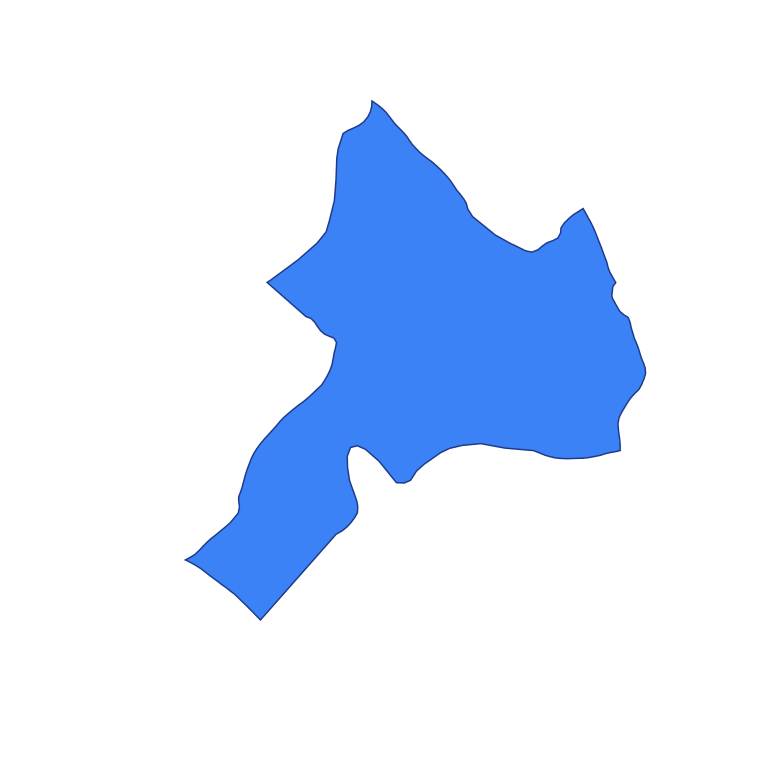 outline of Ar Rawdah, Shabwah, Yemen, rotated 46°
{"feature_id": "15242507B21642495199859", "entity_name": "Ar Rawdah", "entity_type": "district", "adm_level": 2, "iso_a3": "YEM", "parent_name": "Yemen", "parent_adm1": "Shabwah", "projection": "natural_earth1", "projection_center": [47.316, 14.501], "detail": "fine", "context": "isolated", "style": "filled", "palette": "blue", "viewbox_px": 768, "rotation_deg": 46, "n_neighbors": 0, "source": "geoboundaries", "source_scale": "gbopen_adm2", "svg_char_len": 3290}
<svg xmlns="http://www.w3.org/2000/svg" viewBox="0 0 768 768"><g transform="rotate(46 384 384)"><path d="M229.8,397.5L281.4,393.3L286.0,391.0L291.2,390.9L296.4,391.9L301.6,392.6L306.6,392.2L311.4,390.3L316.2,388.1L321.1,389.3L324.4,393.9L327.2,398.5L330.5,403.0L333.8,407.7L336.5,413.0L338.5,418.5L340.2,424.3L341.4,429.8L341.3,435.7L341.3,441.4L341.2,447.6L340.7,454.4L339.8,460.6L339.3,466.3L338.8,472.3L338.5,478.0L338.6,484.1L339.3,490.3L339.7,496.2L340.1,502.6L340.5,508.4L341.1,514.0L342.1,520.0L343.5,525.9L345.5,531.3L347.9,536.5L350.5,542.0L353.1,546.8L356.0,551.7L359.0,556.5L361.7,561.5L364.2,566.9L367.6,570.1L371.9,573.2L375.6,578.5L376.4,585.3L377.0,591.3L376.7,597.1L376.2,603.3L375.8,609.1L375.1,615.1L374.9,620.9L375.0,626.6L375.3,631.1L375.3,638.4L374.1,643.7L372.6,649.1L373.3,648.8L378.4,647.0L383.7,645.4L389.1,644.1L394.3,643.3L400.1,642.5L405.7,641.6L410.9,640.7L415.8,640.0L420.9,639.0L425.9,638.4L431.3,637.5L436.3,637.3L441.4,637.2L447.0,636.9L452.1,636.9L457.1,636.8L462.8,636.8L467.9,636.8L463.4,580.2L458.8,522.8L459.2,521.4L460.6,515.7L461.1,510.0L460.7,503.9L459.8,498.3L458.2,492.6L454.3,488.4L450.1,485.3L444.8,482.8L429.4,475.8L418.7,468.2L410.5,460.7L406.4,452.1L410.0,446.0L418.1,442.7L435.9,441.2L449.9,442.4L463.6,443.6L469.3,438.2L471.7,431.8L469.2,421.2L469.6,410.7L472.7,391.1L475.8,381.6L480.3,374.1L482.4,370.5L494.2,355.7L514.0,341.6L536.0,322.5L537.1,322.1L542.1,319.8L547.1,317.6L552.0,314.8L556.4,311.9L560.9,308.0L564.8,304.3L568.4,300.3L572.1,296.2L575.7,292.3L579.3,287.6L582.4,282.9L585.4,278.2L588.1,272.8L591.0,268.1L594.2,263.3L595.9,260.3L595.9,260.2L595.7,260.1L591.9,256.5L587.8,253.1L586.4,252.1L583.5,250.0L579.8,247.2L579.3,246.8L575.1,243.3L571.7,238.6L571.1,237.3L569.7,233.4L569.1,231.4L568.1,227.7L567.0,223.5L566.6,222.1L565.7,217.9L565.4,216.4L565.0,210.2L565.0,208.0L565.0,204.4L563.3,198.9L560.9,193.4L558.2,188.6L554.9,185.8L554.2,185.1L549.2,182.8L546.0,181.6L544.4,180.9L542.9,180.2L539.3,178.4L534.4,175.9L529.4,173.8L529.0,173.7L524.6,172.0L521.1,170.1L520.1,169.6L515.2,167.1L510.7,164.2L509.2,163.6L505.8,162.2L505.5,162.2L500.8,163.4L498.7,163.6L495.7,163.9L493.8,163.5L490.8,162.8L487.0,161.8L485.8,161.4L482.0,160.5L478.9,159.0L476.4,155.9L472.9,151.8L472.1,146.9L465.5,145.2L460.2,143.8L456.1,142.0L455.5,141.7L450.9,139.0L445.6,136.8L440.9,134.7L436.0,132.5L431.3,130.6L426.3,128.5L421.5,126.5L416.6,124.7L411.8,123.1L406.7,121.8L401.5,120.3L396.1,118.9L395.1,123.9L393.8,130.0L393.4,135.9L393.4,142.1L394.6,148.1L398.1,152.2L399.8,157.7L398.1,163.1L395.8,168.2L394.8,173.8L394.4,180.0L391.9,186.0L386.2,189.8L378.5,192.5L370.3,195.6L353.9,200.5L325.1,204.0L316.3,202.2L311.4,199.4L306.4,198.1L300.5,197.4L295.4,197.1L290.3,196.1L285.3,195.2L279.8,194.6L274.6,194.4L269.0,194.4L263.7,194.7L258.2,195.1L252.9,196.0L247.7,196.8L242.3,197.4L236.7,197.4L231.4,197.3L226.3,196.5L221.0,195.5L215.5,195.3L209.8,195.4L204.7,195.4L199.7,194.9L194.7,194.3L189.6,193.8L184.1,194.0L178.9,194.7L173.9,195.6L172.1,196.1L175.8,200.0L178.7,204.7L180.6,210.0L181.4,216.4L180.6,222.2L178.7,228.1L176.6,233.7L175.4,239.4L183.0,253.6L188.8,261.1L204.0,276.9L217.6,292.3L228.9,310.3L234.4,320.0L236.2,334.2L235.0,359.5L234.7,361.8L230.5,393.7L229.7,397.5L229.8,397.5Z" fill="#3b82f6" stroke="#1e3a8a" stroke-width="1.5"/></g></svg>